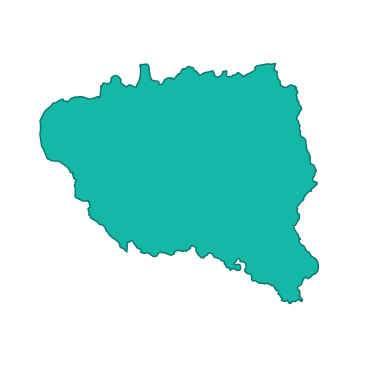 Andramasina, Analamanga, Madagascar, rotated 343°
{"feature_id": "10022922B11040894453097", "entity_name": "Andramasina", "entity_type": "district", "adm_level": 2, "iso_a3": "MDG", "parent_name": "Madagascar", "parent_adm1": "Analamanga", "projection": "mercator", "projection_center": [47.78, -19.337], "detail": "fine", "context": "isolated", "style": "filled", "palette": "teal", "viewbox_px": 384, "rotation_deg": 343, "n_neighbors": 0, "source": "geoboundaries", "source_scale": "gbopen_adm2", "svg_char_len": 5966}
<svg xmlns="http://www.w3.org/2000/svg" viewBox="0 0 384 384"><g transform="rotate(343 192 192)"><path d="M136.3,63.9L135.6,64.3L135.2,66.5L131.5,74.7L130.0,73.3L125.7,73.5L121.1,73.3L115.5,69.2L111.3,67.6L109.3,67.8L108.6,67.2L107.3,66.8L106.1,67.8L105.5,67.7L105.0,66.9L104.6,66.9L99.6,69.3L96.1,67.4L95.9,65.7L93.4,65.3L88.0,66.9L84.7,66.5L84.1,67.3L81.8,68.8L79.2,69.6L74.7,71.9L67.5,79.4L66.9,83.3L65.3,88.4L63.5,92.0L61.6,104.3L62.5,107.1L63.4,118.0L64.6,118.6L66.2,120.4L68.8,121.9L72.9,123.3L74.6,124.6L80.1,131.8L81.1,134.3L81.5,137.7L81.8,138.3L83.2,138.2L83.5,138.9L83.1,140.4L83.0,144.2L84.7,146.9L82.9,148.8L82.8,150.5L82.0,150.7L81.4,151.4L81.6,154.4L80.3,157.7L80.0,159.5L79.1,161.0L79.0,162.8L80.2,164.2L84.7,168.5L88.5,169.9L90.2,169.8L90.5,172.8L90.1,176.5L87.7,177.6L87.4,180.3L87.8,182.0L86.5,183.5L87.5,184.8L87.5,187.3L89.4,189.0L90.7,190.7L92.3,192.0L94.1,195.9L94.8,196.4L96.2,196.8L97.3,198.0L98.4,200.8L98.6,203.8L99.7,205.8L100.1,208.1L100.7,209.3L101.9,211.5L106.0,216.8L107.1,218.8L107.5,220.6L107.2,223.2L107.3,224.0L107.8,224.6L110.0,225.9L111.0,228.3L112.1,230.0L113.2,227.8L114.8,222.6L115.3,221.4L117.6,221.6L119.1,220.8L120.1,220.7L121.0,221.4L121.4,223.6L123.2,229.4L124.4,230.5L125.8,231.3L126.2,232.7L125.5,234.7L128.1,236.7L130.9,236.9L132.6,237.6L135.7,241.9L136.9,242.6L138.8,243.0L142.7,240.5L144.2,240.4L148.2,242.4L152.7,245.9L153.5,246.3L156.3,246.1L157.0,245.7L157.6,244.6L158.3,244.0L161.1,243.6L163.2,244.3L165.5,246.1L166.4,246.2L168.1,245.8L168.9,246.8L169.4,247.0L172.4,245.7L173.9,245.5L174.1,244.8L175.1,243.7L176.3,243.6L177.3,243.9L178.6,244.9L179.3,246.0L179.4,247.3L178.8,248.8L178.7,250.6L179.6,253.8L181.4,257.1L182.6,258.0L184.0,258.4L185.3,257.3L188.0,256.7L189.9,255.3L190.8,255.3L192.4,256.4L193.6,257.8L193.9,259.9L194.4,260.9L199.2,264.1L199.6,264.6L199.9,266.2L202.4,267.6L202.6,268.4L201.8,270.2L203.0,271.7L202.9,274.1L203.6,274.7L204.8,274.9L205.3,275.3L205.6,275.8L205.6,277.5L206.0,278.0L208.1,277.3L209.1,277.3L209.7,277.5L211.6,279.7L212.7,280.4L214.2,280.7L215.7,280.2L216.8,276.9L216.4,275.5L215.3,274.7L211.8,274.2L211.4,273.8L211.3,273.1L211.8,272.5L213.0,272.0L213.3,271.4L214.5,270.6L215.7,269.5L216.9,269.2L217.8,269.5L218.2,270.5L217.7,272.2L217.9,272.7L220.5,273.7L221.7,274.8L222.3,276.0L222.0,279.5L219.8,281.6L219.4,283.1L219.9,284.4L221.1,286.1L223.8,287.7L224.4,288.6L224.3,290.8L223.4,293.2L223.9,294.6L224.4,295.0L226.5,295.3L229.3,298.6L232.1,299.9L233.4,299.8L234.2,301.1L236.0,300.9L237.2,301.3L239.3,303.3L240.3,304.0L240.8,304.9L241.8,305.0L242.5,305.4L242.9,306.7L243.3,309.6L244.1,310.7L244.3,310.5L244.8,310.9L245.5,312.1L245.5,313.0L244.5,314.7L245.5,315.5L246.1,318.1L246.9,319.5L246.0,321.7L246.7,322.6L249.2,323.9L250.9,323.7L251.6,323.9L252.2,325.0L252.3,326.7L253.1,327.3L253.8,327.3L256.1,326.0L256.8,326.1L258.5,326.9L259.8,326.4L260.9,326.5L262.6,326.0L263.5,326.5L263.9,328.0L265.0,328.8L266.2,327.3L265.6,326.5L265.7,326.1L265.1,325.0L264.6,323.0L264.7,322.3L265.5,321.1L265.3,319.9L266.1,318.5L265.9,317.7L264.9,316.4L264.9,314.4L265.3,313.6L266.3,313.0L268.1,313.0L269.4,312.5L273.1,307.9L275.2,306.6L275.8,306.7L277.2,308.5L278.0,308.8L281.4,307.7L283.2,306.3L285.7,306.3L287.3,305.8L288.0,304.9L289.1,304.4L290.2,302.7L291.0,300.4L291.6,297.3L291.5,293.8L290.6,292.0L288.0,289.1L287.3,288.0L286.3,284.1L284.2,281.5L283.1,275.9L281.5,275.0L280.0,272.5L280.2,269.5L280.5,268.9L281.8,268.9L281.9,268.4L280.8,266.3L281.2,264.1L281.1,263.5L280.1,262.5L280.0,261.0L279.0,257.6L279.0,254.4L279.6,253.8L281.4,253.9L282.7,252.3L286.6,249.1L286.8,248.6L288.2,245.0L286.5,242.9L286.9,242.2L286.7,240.4L288.1,239.3L287.7,237.9L288.1,237.1L294.4,232.7L296.6,232.1L296.8,230.3L297.3,229.7L298.3,229.5L299.2,228.3L300.2,228.0L301.3,226.9L303.6,225.8L306.6,225.9L306.5,224.2L306.7,223.9L308.0,224.0L311.6,222.2L313.2,221.1L313.6,221.3L314.2,220.4L314.1,219.4L313.4,218.6L311.1,217.2L310.9,216.4L311.1,215.1L311.7,213.8L314.0,212.3L315.2,209.4L316.6,208.6L317.0,208.0L316.4,202.3L315.8,201.4L313.8,200.2L313.5,199.6L314.2,197.7L314.1,196.6L315.5,192.3L314.4,186.0L314.2,183.8L315.8,175.4L314.8,173.1L312.6,170.5L312.3,168.6L312.6,167.0L313.5,165.1L313.0,162.7L313.5,161.8L314.4,160.7L314.7,159.9L314.5,159.2L313.9,158.4L314.5,155.6L313.5,152.7L313.5,151.9L315.5,149.7L317.3,148.6L318.3,146.6L320.2,145.6L321.2,144.4L320.9,141.7L320.1,140.5L320.1,137.6L320.4,136.5L319.8,135.3L319.5,133.8L320.2,132.0L319.8,130.7L320.2,129.6L322.2,127.8L322.0,126.9L322.2,125.4L321.2,123.9L322.2,123.2L322.4,122.7L321.6,121.9L321.6,120.9L319.7,120.2L318.2,118.5L315.7,118.7L313.1,119.8L310.1,118.3L308.2,116.5L308.3,115.0L308.0,114.5L308.6,111.5L307.5,109.3L307.6,104.8L308.5,101.8L306.3,98.8L309.3,93.6L304.3,92.8L302.1,91.7L290.6,90.3L289.0,90.9L287.8,93.4L286.6,94.4L276.8,96.0L275.3,96.7L273.6,94.9L271.6,91.8L271.0,91.3L270.2,91.4L268.7,92.3L267.6,92.6L265.7,92.2L263.3,93.0L260.0,92.3L258.7,90.7L258.7,90.2L259.0,89.4L260.5,87.3L260.3,86.3L260.0,86.0L258.3,86.2L257.1,85.8L256.4,86.3L255.9,87.6L255.2,88.3L252.6,89.5L250.4,89.8L248.7,88.9L247.9,87.9L247.7,83.7L247.4,82.6L246.7,82.0L243.6,82.2L241.0,81.7L238.6,81.7L237.1,81.9L235.1,82.6L233.9,82.7L232.7,81.4L231.6,78.0L229.7,76.5L229.5,75.8L229.8,74.2L228.6,72.9L227.3,72.6L226.0,71.2L225.3,70.9L224.2,71.1L221.5,72.3L219.8,71.6L218.5,71.8L215.5,74.9L213.3,75.2L208.9,78.0L206.8,79.0L206.2,77.3L205.6,76.7L202.0,75.9L198.7,76.6L195.4,79.9L194.4,80.1L192.8,79.9L191.9,79.1L192.4,77.7L192.4,77.2L191.7,76.1L188.4,74.6L186.3,73.3L185.7,68.1L186.4,65.9L186.4,64.2L187.1,61.6L187.3,58.5L186.7,57.1L185.8,56.3L181.3,55.6L180.7,55.2L179.1,55.7L179.0,57.9L178.0,62.2L176.3,66.2L173.8,70.3L168.6,75.8L168.2,75.7L166.6,73.6L163.8,71.3L162.9,71.2L160.8,72.2L159.3,71.7L156.0,67.4L155.9,66.3L156.8,63.8L156.7,63.0L155.3,60.1L154.2,59.0L153.1,58.3L150.3,58.3L148.9,58.8L147.8,59.9L146.5,62.9L145.6,63.5L144.2,63.8L142.2,63.7L140.3,62.2L139.3,62.1L138.4,62.3L137.1,63.9L136.3,63.9Z" fill="#14b8a6" stroke="#0f766e" stroke-width="1.5"/></g></svg>